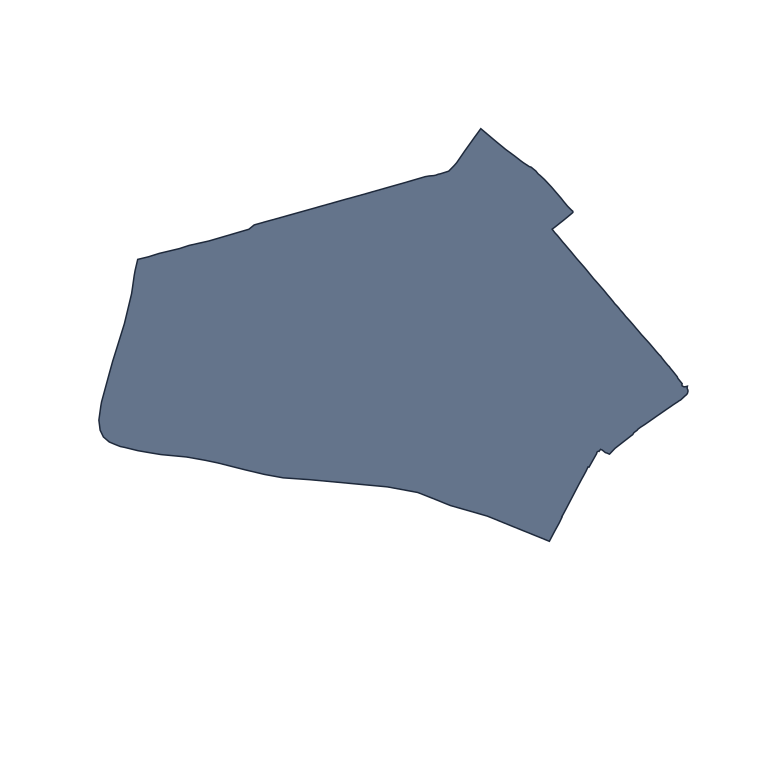 Carcaliu, Tulcea, Romania (orthographic projection), rotated 338°
{"feature_id": "2599482B4283959466403", "entity_name": "Carcaliu", "entity_type": "district", "adm_level": 2, "iso_a3": "ROU", "parent_name": "Romania", "parent_adm1": "Tulcea", "projection": "orthographic", "projection_center": [28.166, 45.183], "detail": "fine", "context": "isolated", "style": "filled", "palette": "slate", "viewbox_px": 768, "rotation_deg": 338, "n_neighbors": 0, "source": "geoboundaries", "source_scale": "gbopen_adm2", "svg_char_len": 2883}
<svg xmlns="http://www.w3.org/2000/svg" viewBox="0 0 768 768"><g transform="rotate(338 384 384)"><path d="M478.4,591.8L486.9,584.6L493.9,578.9L495.5,577.5L499.3,574.0L499.1,573.7L500.9,572.3L506.2,567.9L509.7,564.9L513.1,562.0L519.2,556.8L526.7,550.4L533.4,544.8L533.5,544.8L538.7,540.5L542.1,537.3L542.9,537.9L543.3,537.6L555.2,528.1L555.7,527.1L556.7,526.7L558.0,526.7L558.2,527.0L560.3,525.7L561.6,527.0L562.5,528.6L563.5,530.5L565.0,531.7L566.7,533.5L566.8,533.5L567.1,533.4L567.3,533.3L574.1,530.2L577.6,529.2L594.4,524.4L595.4,524.2L595.8,524.0L597.5,522.7L601.4,521.7L602.6,521.0L605.6,520.2L610.9,519.2L624.3,516.1L636.3,513.4L642.7,512.0L643.4,511.8L647.8,510.9L649.6,510.6L650.2,510.4L651.5,510.1L652.8,510.0L653.2,509.9L658.4,507.9L660.3,507.3L660.7,507.1L661.0,506.9L661.6,506.6L662.2,505.9L663.0,504.8L663.2,504.5L663.5,503.3L663.4,501.8L663.6,501.2L664.3,500.0L664.5,499.7L662.9,499.5L661.1,499.0L659.7,497.4L659.9,496.4L660.6,495.4L658.6,488.9L658.6,487.1L656.8,481.0L655.4,476.6L655.0,474.7L654.3,473.3L652.9,469.0L651.9,465.6L651.4,463.8L651.0,462.0L649.9,459.5L648.5,455.4L645.4,445.9L643.1,439.7L641.9,436.4L641.3,434.9L639.8,430.2L638.6,426.7L637.0,421.7L636.5,420.3L635.9,418.5L634.5,414.7L633.4,411.9L632.4,408.4L631.8,406.6L630.9,404.3L630.1,401.3L629.2,398.8L628.0,395.9L627.6,394.3L627.3,393.1L625.6,387.8L624.7,385.2L622.8,379.0L621.2,374.4L619.3,368.9L617.8,364.8L615.8,358.3L613.7,351.5L609.5,339.5L606.9,331.1L606.0,328.5L604.2,323.0L603.0,319.6L602.3,317.3L601.3,314.0L600.5,311.4L599.1,307.8L598.3,304.9L597.9,303.4L601.4,302.5L607.1,300.8L611.6,299.5L621.4,296.4L623.4,295.7L623.8,294.6L623.0,293.1L620.8,287.9L618.8,281.6L617.9,278.3L616.7,274.8L615.1,270.1L613.1,264.1L612.2,261.8L609.4,254.5L606.8,249.0L605.8,247.3L605.3,245.9L604.6,243.4L602.8,240.2L601.7,238.1L600.1,236.8L599.5,235.9L596.1,231.0L594.2,227.9L590.4,221.3L584.7,212.1L579.9,203.3L578.4,200.5L576.8,197.5L569.4,183.5L563.5,187.2L560.4,189.1L555.9,192.0L545.8,198.4L543.4,200.0L534.2,206.1L530.6,207.9L523.7,210.9L514.8,210.2L512.9,209.8L511.5,209.8L510.4,209.8L508.2,209.4L503.7,208.0L502.2,207.7L500.0,207.2L475.0,204.7L474.3,204.6L444.0,201.3L443.5,201.3L421.1,198.8L419.9,198.6L388.2,195.1L387.8,195.1L342.2,190.0L332.9,188.9L332.4,188.9L324.5,188.0L323.1,187.9L319.9,188.9L316.7,189.9L306.6,188.9L275.3,185.8L255.3,182.5L245.0,181.8L224.5,178.7L213.1,177.8L202.3,176.2L201.9,176.8L195.9,185.3L193.0,189.9L186.8,200.6L183.8,205.7L165.9,230.8L158.7,239.6L150.6,249.5L141.0,261.2L133.1,271.5L115.4,294.8L113.1,298.5L106.1,310.7L103.5,320.5L104.0,328.0L107.5,334.8L111.6,338.9L116.1,343.2L119.6,345.5L130.8,353.6L141.1,360.0L150.8,365.9L173.4,377.6L189.7,387.8L200.3,394.9L223.0,411.5L239.2,423.0L255.3,433.2L279.5,445.0L348.5,480.6L374.6,497.2L390.8,512.6L395.4,517.1L400.1,521.6L430.3,545.2L450.5,564.8L478.4,591.8Z" fill="#64748b" stroke="#1e293b" stroke-width="1.5"/></g></svg>